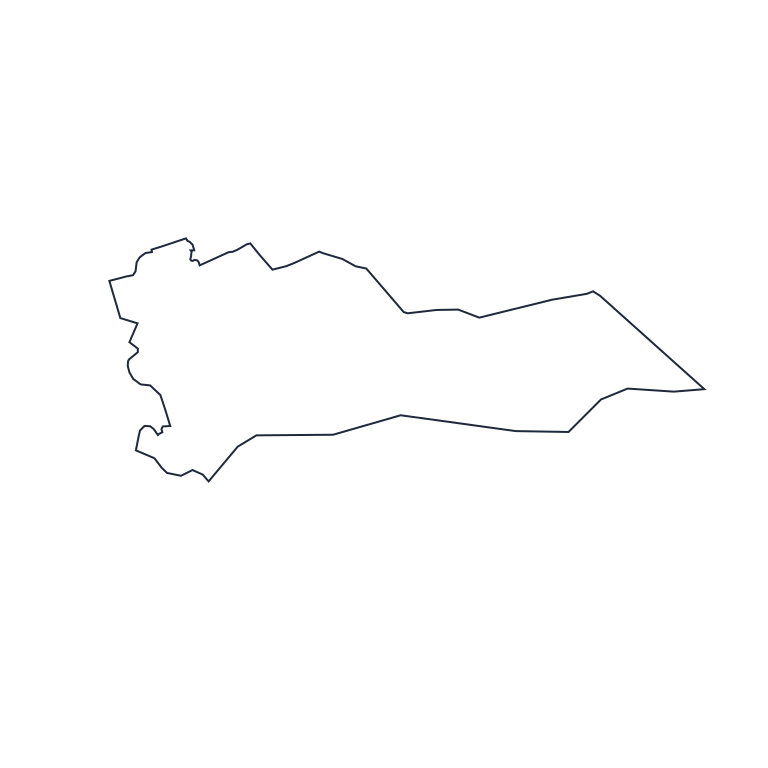 Ogu Bolo, Rivers, Nigeria (Natural Earth projection), rotated 295°
{"feature_id": "59680162B82820769085578", "entity_name": "Ogu Bolo", "entity_type": "district", "adm_level": 2, "iso_a3": "NGA", "parent_name": "Nigeria", "parent_adm1": "Rivers", "projection": "natural_earth1", "projection_center": [7.196, 4.622], "detail": "fine", "context": "isolated", "style": "outline", "palette": "slate", "viewbox_px": 768, "rotation_deg": 295, "n_neighbors": 0, "source": "geoboundaries", "source_scale": "gbopen_adm2", "svg_char_len": 1340}
<svg xmlns="http://www.w3.org/2000/svg" viewBox="0 0 768 768"><g transform="rotate(295 384 384)"><path d="M556.3,534.3L551.5,529.8L531.5,500.8L484.4,442.3L482.8,419.8L473.3,400.3L458.1,375.6L457.5,371.5L481.2,319.1L478.7,308.6L479.7,293.4L476.8,273.5L476.6,269.3L455.7,251.5L449.3,245.4L440.5,234.6L448.6,216.3L454.9,203.4L452.5,200.5L443.7,194.4L439.9,191.0L437.8,187.5L413.6,166.8L415.8,164.9L417.1,162.7L416.6,160.1L414.7,158.6L414.4,156.8L415.3,155.7L418.9,155.0L420.1,154.4L422.5,153.8L423.4,152.3L424.9,155.5L426.5,154.2L429.4,151.6L430.7,147.8L430.7,145.4L432.3,143.0L414.5,124.2L407.5,116.5L405.5,117.9L401.9,112.5L398.9,110.8L395.3,109.0L389.7,108.4L381.1,111.2L376.5,110.5L372.5,104.9L367.8,99.3L361.4,91.5L332.3,117.2L334.8,135.0L314.3,135.6L312.0,146.0L308.8,147.4L298.7,142.6L296.6,142.4L295.1,142.9L292.0,144.2L286.9,148.4L282.6,154.6L280.8,163.6L283.9,172.7L279.5,186.0L268.6,196.3L255.6,208.0L252.0,201.4L249.0,201.4L246.6,203.5L243.7,201.2L242.2,200.7L245.9,194.2L246.9,190.0L244.8,184.7L238.7,182.5L233.5,183.6L219.0,187.2L219.7,207.3L214.1,218.0L211.7,224.9L215.0,238.8L225.1,246.8L225.3,258.0L221.6,266.2L265.4,277.9L283.5,290.0L316.5,359.3L362.7,412.3L397.0,523.3L418.5,571.5L461.7,587.2L482.8,606.7L491.1,628.1L499.6,650.0L514.7,676.5L555.3,542.4L556.3,534.3Z" fill="none" stroke="#1e293b" stroke-width="2"/></g></svg>